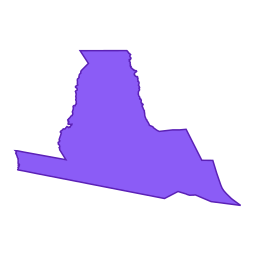 Caucete, San Juan, Argentina
{"feature_id": "61730980B84345100673034", "entity_name": "Caucete", "entity_type": "district", "adm_level": 2, "iso_a3": "ARG", "parent_name": "Argentina", "parent_adm1": "San Juan", "projection": "orthographic", "projection_center": [-67.711, -31.425], "detail": "fine", "context": "isolated", "style": "filled", "palette": "violet", "viewbox_px": 256, "rotation_deg": 0, "n_neighbors": 0, "source": "geoboundaries", "source_scale": "gbopen_adm2", "svg_char_len": 5276}
<svg xmlns="http://www.w3.org/2000/svg" viewBox="0 0 256 256"><path d="M164.5,198.5L178.0,191.5L186.2,194.0L187.4,194.6L188.0,194.7L189.4,195.2L190.3,195.2L192.6,195.1L193.8,195.1L195.3,194.9L211.1,201.6L240.6,205.4L232.7,199.6L231.0,198.2L226.7,194.0L225.5,192.7L223.6,190.5L222.2,188.3L222.0,187.9L220.8,185.1L216.7,173.2L212.8,160.4L201.8,160.3L186.1,129.3L179.5,129.9L172.6,129.9L159.2,131.4L156.8,130.2L156.1,129.7L154.1,128.2L153.4,127.7L153.1,127.2L152.8,126.7L152.3,126.5L151.1,126.1L150.9,125.8L149.6,125.4L149.4,125.3L149.2,124.5L148.9,124.0L148.7,123.5L147.9,122.0L147.8,121.9L147.1,121.0L147.0,120.7L147.0,120.2L146.7,119.8L146.4,119.7L145.9,118.8L145.7,118.1L145.4,117.6L145.0,116.4L144.7,115.1L144.7,113.8L144.6,113.5L144.6,112.9L144.4,112.3L144.4,112.1L144.3,111.9L144.4,110.9L144.1,110.4L143.6,109.6L143.4,109.0L143.2,108.7L142.9,107.7L142.7,107.4L142.6,107.0L142.3,106.8L142.2,106.7L142.3,106.2L142.2,105.7L143.0,104.8L143.1,104.4L142.8,104.1L142.4,103.8L142.2,103.8L141.9,103.9L141.6,103.8L141.7,103.3L141.7,103.0L141.3,102.8L141.1,102.4L141.0,102.2L141.2,101.3L141.2,101.0L141.2,100.8L141.3,100.2L141.2,100.0L140.7,99.3L140.6,99.0L140.1,99.2L139.7,98.9L139.6,98.5L139.8,97.4L139.4,96.6L138.9,96.1L138.7,95.8L138.6,95.4L138.6,94.9L138.2,94.2L138.2,93.8L138.5,93.1L138.3,92.3L138.3,92.0L139.1,90.5L139.5,90.0L139.4,89.4L139.5,89.1L139.1,88.6L139.0,88.3L139.0,88.0L139.6,87.6L139.6,87.4L139.4,87.0L139.3,86.7L139.0,85.9L138.8,85.7L138.5,85.4L138.6,85.0L138.6,84.5L138.9,84.0L139.0,83.6L139.0,83.1L139.0,82.6L139.0,82.3L138.8,82.0L138.7,81.8L137.9,81.4L137.9,81.2L138.1,80.7L137.9,80.2L137.9,79.7L137.7,79.4L137.8,78.9L138.0,78.6L137.9,78.2L137.7,78.2L137.4,77.7L137.6,77.1L137.5,76.7L137.2,76.5L136.6,76.6L135.9,76.3L135.5,76.3L135.2,75.8L134.8,75.5L134.7,75.4L134.8,75.0L134.7,74.9L134.4,74.8L134.2,74.0L134.3,73.8L135.1,72.5L135.2,72.4L136.2,71.9L136.4,71.5L136.6,71.4L136.4,70.8L136.3,70.7L135.9,70.6L134.5,70.5L134.4,70.4L134.0,70.4L133.8,70.2L133.9,69.8L133.8,69.6L133.6,69.5L133.1,69.6L132.5,68.9L132.1,68.7L131.8,68.1L131.3,68.0L130.9,67.5L130.9,67.4L131.1,67.3L131.1,67.2L131.1,66.4L130.9,66.2L130.4,66.3L130.3,66.1L130.2,65.6L130.3,65.1L130.4,64.5L130.4,64.3L130.2,64.1L130.1,63.8L130.2,62.7L130.2,62.2L129.4,61.3L129.3,61.2L129.6,60.8L129.4,60.5L129.5,60.2L129.2,59.9L129.2,59.6L129.3,59.5L129.9,59.3L130.1,59.3L130.5,59.4L130.7,58.8L130.8,58.7L130.9,58.3L131.0,58.1L130.9,57.9L130.4,57.3L130.1,56.8L130.0,56.7L129.8,56.3L129.8,56.0L130.0,55.4L130.5,54.8L130.6,54.6L130.3,54.4L130.1,54.2L129.9,53.9L129.7,53.5L129.5,53.4L129.3,53.5L129.1,53.5L128.8,53.3L128.7,53.2L128.6,52.8L128.0,52.1L128.0,51.8L127.2,50.9L126.8,50.6L126.3,50.7L126.1,50.6L125.8,50.6L80.1,50.7L88.4,63.4L81.2,70.7L81.0,71.2L81.0,71.5L80.7,71.9L80.7,72.2L80.7,72.5L80.8,73.0L80.7,73.3L80.2,73.6L79.8,74.0L79.3,74.7L79.2,75.1L79.2,75.4L79.1,76.0L78.9,76.5L79.2,77.1L79.2,77.3L78.7,77.8L78.3,78.4L77.8,78.7L77.4,79.2L77.3,80.2L77.3,80.5L77.5,82.2L77.3,83.1L77.4,83.7L77.6,84.2L77.6,84.5L77.7,85.0L77.2,85.1L77.0,85.4L76.8,85.5L76.7,85.8L76.2,86.0L75.6,86.3L75.5,86.5L75.5,86.9L75.5,87.2L75.7,87.4L76.0,87.7L76.9,88.2L77.0,88.4L77.0,88.8L77.2,89.0L77.2,89.3L77.3,89.7L77.2,90.0L76.8,90.3L75.9,90.8L75.5,91.2L75.4,91.5L75.7,92.1L75.9,92.4L75.8,92.7L75.8,93.1L76.1,93.4L76.2,93.6L76.2,94.5L75.9,95.2L76.0,95.5L76.0,95.8L75.7,96.8L76.1,97.3L76.0,97.6L76.1,98.4L76.1,98.6L75.7,99.3L75.7,99.5L75.9,99.8L75.8,100.3L76.0,100.5L76.3,101.6L76.2,102.0L76.2,102.3L76.1,103.0L76.4,103.5L76.3,104.0L75.8,104.2L75.4,104.6L75.3,105.0L75.1,105.7L74.2,105.7L73.9,105.6L73.7,105.7L73.4,105.9L73.0,106.8L73.0,107.0L73.4,107.4L73.4,107.6L73.3,108.6L73.1,109.0L73.2,109.5L73.1,109.8L72.8,110.2L72.8,110.7L72.6,111.1L72.4,111.6L72.3,111.8L72.4,112.3L72.6,112.5L72.7,112.9L72.8,113.2L72.8,113.3L72.7,113.9L72.7,114.0L72.7,114.4L72.3,114.8L72.3,115.3L72.2,115.5L71.1,116.0L70.9,116.2L70.5,116.8L69.6,118.0L69.3,118.3L69.2,118.3L68.8,118.6L68.8,118.8L68.6,119.0L67.7,119.9L67.7,120.1L68.0,120.3L68.2,120.6L68.1,121.3L68.7,121.5L68.8,121.7L68.5,122.5L68.4,122.7L68.3,122.8L68.6,123.0L68.6,123.3L68.4,123.6L68.0,123.9L68.0,124.0L68.6,124.4L69.0,124.4L69.4,124.3L70.8,124.4L71.9,124.2L71.8,124.8L71.7,125.0L71.0,125.5L70.6,126.1L70.1,126.8L69.9,127.3L69.5,127.3L69.3,127.3L69.1,127.1L68.8,127.5L68.6,127.6L67.1,126.5L66.9,126.5L66.4,127.2L66.0,127.6L65.1,128.8L64.7,129.0L64.0,128.9L63.4,128.9L63.1,129.0L62.8,129.6L62.3,129.9L61.9,130.4L61.3,130.7L60.8,131.1L60.7,131.7L60.3,132.0L61.3,133.0L60.7,135.0L59.2,139.3L59.2,140.2L59.8,140.7L59.5,141.7L58.4,142.1L58.1,142.7L58.3,143.3L58.3,144.1L59.4,145.1L59.8,146.9L59.1,147.7L59.6,148.2L59.7,149.8L65.9,159.7L24.0,152.1L17.5,150.8L15.4,150.7L16.2,151.5L16.4,151.9L16.1,152.7L15.7,153.0L15.9,153.6L16.2,153.7L16.4,153.9L16.3,154.3L16.6,155.0L16.9,155.7L17.0,156.1L17.2,156.6L17.3,157.2L17.6,157.9L18.2,158.7L18.1,159.2L18.0,159.6L18.2,160.1L18.2,160.4L18.1,161.2L18.2,162.1L18.0,163.1L18.7,163.9L19.1,164.1L19.2,164.5L18.7,164.5L18.3,164.7L18.3,165.1L18.6,165.1L18.7,165.5L18.8,165.5L18.7,165.6L19.0,165.7L19.1,165.8L19.1,166.1L18.9,166.6L18.5,166.9L18.1,167.1L18.0,167.3L18.4,167.6L18.5,167.8L18.4,168.0L18.4,168.3L18.3,168.7L18.1,169.0L17.7,169.4L17.7,169.6L17.9,169.9L24.0,171.0L37.3,173.7L164.5,198.5Z" fill="#8b5cf6" stroke="#5b21b6" stroke-width="1.5"/></svg>